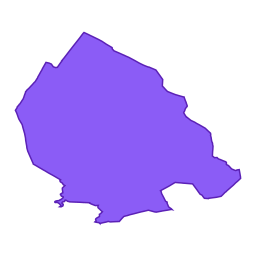 outline of Silajāņu pag., Riebinu, Latvia
{"feature_id": "27541924B19288129652023", "entity_name": "Silajāņu pag.", "entity_type": "district", "adm_level": 2, "iso_a3": "LVA", "parent_name": "Latvia", "parent_adm1": "Riebinu", "projection": "natural_earth1", "projection_center": [26.904, 56.358], "detail": "fine", "context": "isolated", "style": "filled", "palette": "violet", "viewbox_px": 256, "rotation_deg": 0, "n_neighbors": 0, "source": "geoboundaries", "source_scale": "gbopen_adm2", "svg_char_len": 5457}
<svg xmlns="http://www.w3.org/2000/svg" viewBox="0 0 256 256"><path d="M101.5,41.0L101.3,41.0L98.8,39.6L92.2,36.4L90.3,35.5L87.9,34.3L86.4,33.6L84.0,32.5L83.2,33.3L81.8,35.1L79.8,37.8L73.7,45.5L70.1,50.1L68.8,51.8L64.2,57.8L61.8,60.7L62.0,60.8L60.9,62.3L60.1,63.4L58.9,65.1L57.4,67.3L57.2,67.3L55.7,67.6L53.3,66.8L52.2,65.3L51.4,64.1L49.8,63.4L49.2,63.1L48.2,62.9L46.0,62.4L45.8,62.7L45.3,63.6L42.8,68.0L42.5,68.5L41.9,69.9L41.1,71.2L40.2,72.8L39.5,74.1L37.9,76.9L37.2,78.7L36.9,78.8L35.4,81.3L34.8,82.0L34.0,82.7L33.7,83.1L32.7,84.2L32.0,85.0L31.2,85.8L29.1,88.1L26.7,90.3L26.1,91.3L25.6,91.7L25.5,92.5L24.5,95.1L23.8,97.3L22.9,99.4L22.4,100.0L19.9,103.9L19.2,104.4L19.0,104.9L18.9,105.0L17.3,106.8L17.1,107.1L17.1,107.7L15.4,110.3L16.6,112.8L17.6,115.5L18.0,116.7L18.8,118.9L19.7,120.5L21.1,122.8L22.2,124.7L22.8,127.1L22.9,127.5L24.7,133.8L24.7,134.0L25.5,138.0L25.7,140.4L26.7,146.1L26.9,148.0L27.8,151.3L27.9,151.5L28.7,153.3L29.1,154.3L29.2,154.5L30.3,157.0L32.5,162.0L33.0,163.1L33.3,164.1L36.0,165.6L37.0,166.2L39.7,167.8L41.6,168.9L43.8,170.2L44.8,170.7L46.4,171.7L48.6,173.0L51.3,174.5L52.1,174.9L54.7,176.4L55.6,176.9L56.2,177.3L58.5,178.6L59.0,178.9L59.6,179.3L60.5,179.7L60.6,179.8L60.3,180.0L60.0,180.3L59.9,180.6L60.1,181.3L60.3,181.7L60.7,182.0L61.2,182.4L61.9,182.8L62.3,183.1L62.5,183.2L62.7,183.6L62.9,184.1L63.0,184.2L63.4,184.7L64.0,185.1L64.9,185.6L62.8,187.6L62.4,188.0L62.3,188.6L62.4,189.7L62.8,192.1L62.8,192.4L62.7,192.6L62.7,192.8L62.4,192.8L62.1,193.0L61.8,193.3L61.3,193.6L60.8,193.9L60.6,194.0L60.4,194.2L60.4,194.3L60.5,194.8L61.1,195.3L61.2,195.6L61.2,195.9L61.6,196.2L61.7,196.3L62.1,196.4L62.5,196.5L62.8,196.6L63.1,196.7L63.2,196.8L63.3,197.0L63.3,197.3L63.2,197.6L62.9,197.9L62.4,198.3L62.0,198.7L60.8,199.5L60.3,199.7L59.9,199.9L59.4,200.3L59.0,200.5L58.5,200.6L58.0,200.7L57.5,200.7L57.0,200.8L56.3,200.9L55.9,201.0L55.7,201.1L55.3,201.3L55.1,201.4L54.9,201.6L54.8,201.8L54.8,202.1L55.0,202.4L55.2,202.5L55.7,202.5L56.2,202.5L56.7,202.4L57.2,202.5L57.6,202.6L58.2,202.9L58.7,203.2L59.2,203.6L59.5,203.9L60.0,204.4L60.4,204.9L60.5,205.0L60.7,205.4L60.9,205.7L61.0,205.8L60.9,206.0L60.6,206.3L60.2,206.4L60.1,206.5L59.8,206.7L60.8,206.8L61.2,206.8L61.9,206.4L62.7,206.1L62.8,205.9L63.1,205.3L63.2,204.8L63.2,204.3L63.1,204.1L62.9,204.0L62.5,203.8L62.2,203.6L62.0,203.3L62.0,202.9L62.1,202.5L62.3,202.2L62.6,202.0L63.2,201.8L64.0,201.6L64.6,201.5L64.7,201.4L64.7,201.1L64.8,200.7L64.9,200.4L65.0,200.2L65.4,200.1L65.7,200.2L66.2,200.3L66.5,200.5L66.8,200.7L66.9,200.8L67.2,201.0L67.6,201.3L67.9,201.4L68.0,201.4L68.5,201.5L68.8,201.5L69.3,201.8L70.4,201.9L73.0,202.0L78.4,202.2L80.5,202.3L82.1,202.4L83.3,202.5L83.8,202.5L89.0,202.7L88.9,202.8L91.3,204.0L95.4,205.6L95.6,205.6L98.2,205.4L98.0,205.8L97.9,207.2L98.2,207.9L100.0,209.5L100.9,210.5L102.4,211.7L101.6,212.5L100.6,213.6L99.4,214.3L99.5,216.3L99.4,216.5L96.6,218.1L95.9,218.7L95.6,219.3L96.1,221.0L95.2,221.6L94.9,221.9L95.9,222.2L97.7,222.5L98.6,222.6L98.9,222.7L99.1,222.7L99.3,222.9L99.4,223.1L99.6,223.2L99.8,223.4L99.9,223.5L99.9,223.4L106.3,222.0L107.0,221.8L108.1,221.4L110.3,221.9L112.2,221.8L114.2,221.7L119.3,221.5L121.7,218.7L123.8,216.5L126.1,215.8L126.9,215.7L130.0,214.7L133.3,213.9L141.0,211.9L143.4,211.4L148.4,210.2L154.6,211.9L156.3,212.1L161.2,211.2L162.6,210.9L167.7,210.1L171.6,209.4L172.0,209.5L171.2,208.7L169.7,207.7L168.9,207.1L168.6,206.7L168.4,206.4L168.1,205.6L167.1,203.2L167.0,202.9L167.2,202.2L166.9,201.9L166.6,201.7L165.9,201.5L165.6,201.3L165.5,201.1L163.6,197.3L163.1,196.4L162.7,195.6L162.0,194.3L161.5,193.3L161.3,192.1L161.2,191.7L161.0,191.3L160.5,190.8L161.8,190.0L168.1,186.6L169.2,186.0L171.5,184.6L175.2,182.4L175.8,182.5L178.1,182.7L181.0,182.9L183.7,183.2L184.1,183.2L189.0,183.6L192.6,183.9L194.3,186.2L195.7,188.1L197.1,190.0L198.7,192.3L200.1,194.2L200.3,194.4L201.6,194.8L202.4,195.7L202.6,196.0L203.7,197.5L204.4,198.3L208.5,198.6L208.7,198.3L209.4,198.2L213.9,197.6L216.3,197.3L221.1,196.3L222.7,194.8L225.2,192.2L225.7,192.0L227.2,190.5L230.0,188.1L230.4,187.7L233.3,185.2L235.7,182.8L237.4,181.4L240.6,178.4L240.4,176.1L240.3,175.9L240.0,174.0L239.3,170.1L239.2,169.6L237.7,169.9L237.0,169.9L236.9,170.0L236.6,170.3L236.3,170.4L235.5,170.5L235.4,170.5L235.1,170.4L234.4,170.1L232.0,169.1L231.4,168.7L229.5,166.6L228.4,165.5L226.7,164.7L226.4,164.5L226.4,164.4L226.4,163.3L226.4,162.6L226.3,162.3L225.6,161.7L223.2,160.8L220.4,159.6L218.7,159.0L218.3,158.8L217.0,157.5L216.1,157.6L215.0,157.6L214.6,157.7L214.4,157.6L213.8,157.1L213.7,157.0L212.4,156.0L212.6,151.8L212.8,149.7L213.0,146.1L212.8,145.4L212.6,144.5L212.5,143.1L211.7,141.3L211.2,138.2L211.2,137.9L210.9,136.7L210.7,135.7L210.5,135.4L210.7,134.9L210.7,134.2L210.5,133.2L207.7,130.6L205.2,128.2L199.1,124.7L196.6,123.4L194.9,122.3L194.3,122.0L190.9,120.4L186.5,116.9L186.3,117.0L184.7,114.5L183.7,112.8L183.9,112.3L184.1,111.7L184.6,111.0L185.3,108.8L186.9,106.5L187.1,106.5L187.2,105.7L186.3,103.2L186.2,102.7L185.9,101.9L185.7,101.5L185.3,100.5L184.3,97.8L184.1,97.0L183.9,97.0L183.1,96.8L182.3,96.6L180.1,96.0L178.8,95.6L178.0,95.4L177.8,95.3L176.4,94.9L175.9,94.8L173.5,93.9L167.5,91.5L166.7,90.7L164.9,88.8L163.6,87.3L162.5,86.3L162.4,86.1L162.4,85.9L162.4,85.3L162.4,84.4L162.5,83.3L162.7,79.5L155.9,70.0L148.8,67.0L148.4,67.1L144.8,65.7L143.2,65.0L139.3,63.1L134.5,60.4L128.7,57.3L126.1,56.2L125.7,56.0L119.7,53.3L113.9,50.8L113.8,50.6L112.3,49.0L112.1,47.6L106.3,44.2L101.5,41.0Z" fill="#8b5cf6" stroke="#5b21b6" stroke-width="1.5"/></svg>